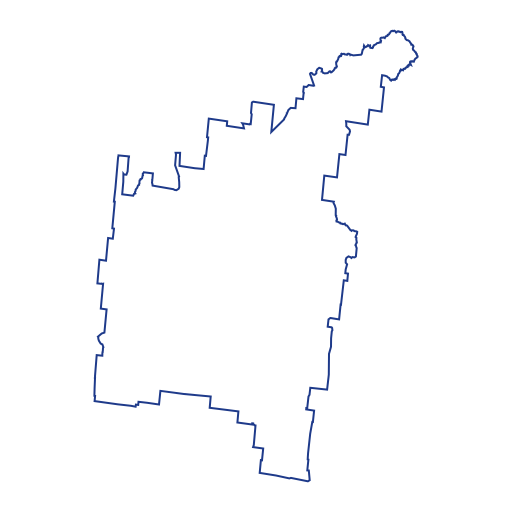 Murweh, Queensland, Australia
{"feature_id": "25037944B20792422717007", "entity_name": "Murweh", "entity_type": "district", "adm_level": 2, "iso_a3": "AUS", "parent_name": "Australia", "parent_adm1": "Queensland", "projection": "equal_earth", "projection_center": [146.659, -26.136], "detail": "fine", "context": "isolated", "style": "outline", "palette": "blue", "viewbox_px": 512, "rotation_deg": 0, "n_neighbors": 0, "source": "geoboundaries", "source_scale": "gbopen_adm2", "svg_char_len": 5861}
<svg xmlns="http://www.w3.org/2000/svg" viewBox="0 0 512 512"><path d="M118.5,155.4L118.5,156.1L118.2,156.7L118.0,158.4L115.4,188.4L113.9,201.6L114.8,201.7L112.3,228.3L114.0,228.6L112.8,238.7L108.1,238.0L106.0,260.7L99.4,259.7L97.4,283.4L101.3,283.8L101.6,283.6L102.1,283.9L103.1,283.7L100.8,308.6L106.6,309.4L104.4,332.6L101.7,333.5L97.9,336.7L98.3,337.4L98.3,338.7L98.9,340.7L100.7,343.6L102.4,344.4L103.4,347.3L103.0,347.9L102.8,351.2L102.6,351.5L102.7,352.3L102.4,352.7L102.3,355.7L96.7,355.1L95.0,376.3L95.1,377.2L94.8,378.0L95.0,378.3L94.6,388.1L94.4,395.8L95.1,395.9L94.6,401.1L117.6,404.3L131.0,405.8L135.6,406.7L135.9,404.6L138.2,404.9L138.5,401.8L147.3,402.8L159.0,404.5L160.4,390.9L183.9,394.0L210.7,396.5L209.7,407.8L238.4,411.4L237.4,422.5L252.0,424.5L252.2,423.3L253.1,423.4L253.0,424.6L254.2,424.7L254.7,425.4L255.5,425.5L253.8,445.0L253.1,447.1L263.2,448.5L262.0,460.3L260.9,460.1L259.7,472.9L276.0,475.5L289.4,478.4L290.9,477.9L307.9,481.3L309.7,480.2L308.8,470.5L307.3,470.4L308.4,459.6L307.7,459.4L307.8,457.4L308.1,452.9L310.2,433.7L312.3,421.9L312.9,422.0L314.1,410.6L306.2,409.4L306.3,408.0L307.2,408.1L308.5,396.5L309.5,394.8L310.3,387.8L327.1,389.6L328.8,374.7L329.0,353.8L331.0,346.8L331.1,338.2L331.8,331.3L332.4,330.2L332.1,327.9L331.6,327.3L327.7,326.7L328.5,319.4L330.3,318.0L339.1,319.4L340.6,304.6L341.0,304.7L343.8,280.3L347.3,280.9L348.0,273.6L345.3,273.2L345.7,269.4L347.1,264.3L345.7,262.7L345.7,259.9L346.4,257.9L348.5,256.4L350.6,257.2L351.4,258.0L352.4,257.1L354.6,257.4L355.9,256.5L356.7,248.0L356.4,247.6L355.9,245.6L355.5,245.4L355.6,244.5L356.5,243.3L356.5,242.5L356.8,242.3L356.3,239.5L356.4,237.8L355.6,237.1L355.7,236.6L357.0,233.7L357.2,231.8L356.5,231.4L354.4,231.1L353.6,230.4L352.0,230.3L351.5,230.8L351.0,230.3L350.5,230.2L347.2,225.7L346.4,225.3L345.8,225.4L345.4,225.0L344.8,223.6L343.4,224.1L342.7,224.1L341.8,223.5L341.4,223.7L340.3,223.4L340.0,222.6L339.1,222.5L337.6,221.7L336.5,221.5L336.4,220.7L336.7,220.5L336.7,219.9L337.0,219.6L336.8,218.3L336.0,216.4L336.2,215.6L335.7,215.2L335.8,208.7L334.8,205.4L333.6,203.2L333.5,202.5L333.8,201.7L322.0,199.9L324.3,175.6L337.0,177.4L339.4,154.1L345.5,155.0L347.6,134.7L349.0,134.8L350.0,131.4L349.6,129.7L346.3,126.3L346.3,123.8L346.0,121.2L367.8,124.6L369.4,109.7L381.5,111.6L384.0,87.4L380.8,86.8L382.1,75.2L385.0,75.7L387.0,76.4L388.0,77.4L389.3,78.1L390.1,79.8L391.1,80.6L391.7,79.7L392.7,79.9L392.7,79.6L393.0,79.4L393.2,79.6L394.5,79.6L394.9,79.9L395.5,79.2L395.3,78.8L395.7,78.6L396.4,78.9L396.7,78.7L396.7,77.5L397.9,75.6L398.2,74.0L399.1,73.3L400.1,71.1L400.0,70.8L400.7,69.7L401.1,70.3L401.7,69.9L402.0,70.2L402.6,69.8L403.1,70.1L403.2,69.7L403.8,69.2L403.8,68.9L405.0,68.9L405.4,68.5L405.3,68.2L405.4,67.9L406.2,67.5L406.4,67.2L407.6,67.1L407.7,66.6L407.4,66.2L407.5,65.8L408.6,64.9L408.9,65.3L409.2,64.6L409.6,64.2L410.9,64.9L410.0,62.6L410.0,62.0L410.5,61.4L411.1,61.5L411.6,61.3L411.6,61.7L413.1,61.5L413.8,61.7L414.5,59.9L415.3,58.7L416.9,57.6L417.4,56.6L417.6,56.6L417.6,56.2L416.7,54.6L416.8,54.1L416.1,53.6L416.2,53.2L415.7,52.2L415.2,52.1L414.2,50.7L413.0,49.7L412.8,48.5L413.5,46.3L412.9,45.4L412.7,45.4L412.5,44.9L411.2,44.6L411.3,43.8L410.2,42.6L409.5,41.3L408.0,40.3L406.8,40.1L405.6,39.0L405.3,38.4L405.4,38.0L404.9,36.7L403.9,35.6L403.7,35.0L402.8,35.0L402.5,34.6L402.6,33.1L402.1,32.5L402.1,31.9L401.2,31.8L400.5,32.2L399.5,31.6L399.1,31.8L398.1,31.2L397.2,31.6L396.4,32.5L396.0,32.5L395.8,32.3L395.6,31.6L394.7,30.9L394.3,30.7L393.1,31.2L392.7,30.8L391.6,31.0L390.8,31.5L390.1,32.8L389.4,33.3L389.3,33.9L389.0,34.3L388.4,34.8L387.7,34.8L387.4,35.9L385.7,36.4L384.8,38.1L383.6,37.4L383.0,37.7L381.3,37.7L380.7,38.0L380.4,38.6L380.5,40.1L381.1,40.8L380.7,42.3L380.1,42.1L379.8,42.5L379.2,42.5L378.8,42.9L377.1,43.1L375.9,44.3L373.8,45.3L373.6,46.1L373.1,46.5L373.0,47.4L372.5,48.1L370.3,47.8L370.2,47.6L370.1,46.4L370.2,46.1L370.1,45.4L369.0,45.7L368.1,45.1L367.7,46.2L367.0,46.1L365.9,47.0L365.3,47.2L364.6,46.6L364.0,45.6L363.8,46.5L364.1,47.9L363.6,48.5L363.2,49.5L362.6,49.9L361.8,53.8L361.1,54.7L353.4,55.4L350.6,54.6L350.2,55.0L349.8,54.2L348.7,53.7L347.8,53.8L347.4,54.7L346.9,54.8L346.3,54.4L345.0,54.5L344.0,53.8L342.1,54.1L341.6,53.7L341.2,54.0L341.3,55.6L341.1,56.0L340.0,55.8L339.6,56.0L339.5,56.8L338.7,57.1L338.4,57.9L338.3,58.8L337.0,61.5L336.5,61.5L336.3,61.8L336.1,62.5L336.3,64.9L336.9,66.4L336.3,67.6L335.9,67.8L335.4,67.6L334.7,68.3L334.5,69.2L333.5,70.5L331.5,72.3L330.9,72.4L330.2,71.3L329.5,71.3L327.7,73.1L324.7,73.4L323.0,72.8L322.3,71.6L321.6,71.5L322.1,70.2L322.0,68.9L321.6,68.6L319.2,67.8L317.3,69.3L316.2,71.7L316.4,72.9L316.3,73.4L314.6,74.8L313.3,74.6L311.9,73.1L311.3,72.9L310.6,73.0L310.0,73.9L314.1,85.6L313.6,85.8L308.7,85.0L306.6,87.0L303.8,86.6L303.2,91.7L303.8,92.8L303.5,93.0L303.6,93.3L303.0,99.1L296.4,98.3L295.5,108.2L290.7,107.9L288.4,110.0L287.1,113.1L286.9,113.2L287.0,113.5L285.6,116.4L284.2,118.6L284.1,119.4L271.3,132.0L273.9,104.8L253.2,101.7L251.9,102.5L251.0,113.0L251.7,114.3L250.7,124.1L249.9,123.9L249.6,124.4L242.3,123.3L243.0,124.4L244.0,128.4L226.8,125.8L227.2,121.3L208.8,118.6L207.0,137.2L208.2,137.4L207.8,141.2L206.0,155.9L204.8,155.7L203.6,169.0L194.6,168.2L179.5,165.9L180.1,152.8L175.6,152.8L176.0,154.7L175.1,165.3L179.1,176.6L178.7,177.0L179.2,182.1L179.3,187.1L178.7,188.7L176.4,190.2L174.6,189.9L173.4,189.2L152.6,185.6L152.4,184.0L152.0,182.7L152.3,180.3L152.1,179.9L152.4,179.2L152.9,173.4L143.9,172.3L143.8,172.7L142.9,173.5L142.7,174.0L143.0,175.3L142.6,175.7L142.1,178.2L141.5,178.8L140.6,179.0L140.4,179.2L140.5,179.7L139.6,180.4L139.4,182.6L139.5,183.4L139.1,184.0L139.1,184.9L138.0,185.5L137.2,187.8L135.7,189.6L135.6,190.9L134.9,192.1L134.9,193.1L135.2,193.5L134.0,193.9L133.2,195.7L122.2,194.3L123.3,181.8L123.4,173.7L124.0,174.5L126.4,174.7L127.6,171.4L128.6,157.8L128.9,157.5L129.0,156.4L118.5,155.4Z" fill="none" stroke="#1e3a8a" stroke-width="2"/></svg>